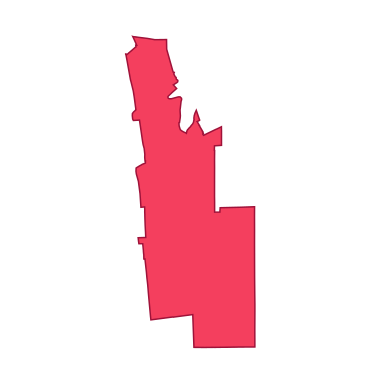 Modelu, Calarasi, Romania (Natural Earth projection), rotated 172°
{"feature_id": "2599482B1796391595822", "entity_name": "Modelu", "entity_type": "district", "adm_level": 2, "iso_a3": "ROU", "parent_name": "Romania", "parent_adm1": "Calarasi", "projection": "natural_earth1", "projection_center": [27.399, 44.232], "detail": "fine", "context": "isolated", "style": "filled", "palette": "rose", "viewbox_px": 384, "rotation_deg": 172, "n_neighbors": 0, "source": "geoboundaries", "source_scale": "gbopen_adm2", "svg_char_len": 4169}
<svg xmlns="http://www.w3.org/2000/svg" viewBox="0 0 384 384"><g transform="rotate(172 192 192)"><path d="M196.0,346.5L197.4,346.7L198.5,346.8L207.6,348.0L214.8,350.3L223.8,352.7L225.7,353.3L225.7,353.2L226.3,353.4L228.8,354.1L229.0,354.2L228.3,351.9L226.3,345.0L227.3,345.2L227.3,344.1L227.3,343.5L227.5,343.5L231.8,340.7L235.0,338.7L236.1,337.9L237.8,336.8L238.0,336.8L238.0,337.1L238.0,337.3L237.9,337.6L238.0,337.7L238.0,337.8L238.2,338.0L238.5,337.9L238.5,337.5L238.3,337.3L238.3,337.0L238.0,330.5L237.3,311.5L237.1,310.1L236.9,308.3L236.1,300.3L236.0,293.6L236.1,281.5L236.3,281.4L236.3,281.0L238.7,279.4L240.1,278.0L240.5,275.8L240.6,272.5L240.1,271.0L234.0,270.5L233.9,249.3L233.8,245.7L233.3,241.8L233.4,238.7L233.5,235.7L234.0,232.9L234.2,229.2L233.8,229.2L234.1,227.3L234.1,227.2L235.8,226.7L236.7,226.5L237.2,226.4L237.3,226.4L238.3,225.9L238.5,225.9L239.0,225.6L240.6,225.1L241.3,224.7L242.6,224.2L244.0,223.5L244.6,220.3L244.6,217.5L243.6,210.0L243.7,197.6L244.7,184.0L241.0,183.8L241.3,180.7L241.6,178.8L241.8,176.6L242.0,175.1L242.4,171.5L242.8,167.6L243.0,165.8L243.0,165.7L243.4,161.4L243.6,158.9L244.0,154.8L244.1,153.4L251.7,154.2L251.8,150.6L251.8,149.4L251.8,148.2L248.0,147.6L248.1,145.0L248.3,140.5L248.4,139.7L248.5,137.5L248.5,136.5L248.5,136.4L248.8,133.9L249.0,132.3L248.9,132.2L247.9,132.2L248.3,119.0L248.6,113.1L248.7,108.9L248.8,105.7L249.0,102.3L249.2,99.2L249.4,95.3L249.8,87.1L250.4,74.5L250.5,71.1L228.4,70.9L228.1,70.7L208.3,70.5L211.7,37.9L209.8,37.6L209.0,37.5L208.3,37.4L207.0,37.2L205.1,36.9L203.8,36.7L201.8,36.4L201.3,36.3L199.6,36.1L198.7,36.0L197.9,35.9L195.7,35.6L192.5,35.2L191.5,35.0L191.4,35.0L189.8,34.8L189.7,34.8L188.9,34.7L186.7,34.4L184.0,34.1L182.6,33.9L181.3,33.7L179.5,33.5L178.2,33.3L177.6,33.3L177.4,33.2L176.4,33.1L176.0,33.1L175.9,33.0L175.7,33.0L175.1,32.9L174.9,32.9L174.6,32.9L174.4,32.9L174.2,32.8L173.9,32.8L173.7,32.8L173.5,32.7L173.4,32.7L173.2,32.7L172.8,32.7L172.7,32.6L172.4,32.6L172.1,32.6L171.8,32.5L171.7,32.5L171.4,32.5L171.3,32.4L171.1,32.4L170.8,32.4L170.7,32.4L170.4,32.3L170.2,32.3L169.9,32.3L169.6,32.2L169.4,32.2L169.2,32.2L168.9,32.1L168.6,32.1L168.3,32.1L168.2,32.1L166.8,31.9L166.0,31.8L163.3,31.4L160.1,31.0L153.1,30.0L151.3,29.8L150.1,38.6L148.9,47.4L146.2,66.0L145.4,71.7L144.0,82.6L141.8,99.3L137.3,132.0L135.3,146.0L133.4,159.8L132.1,168.7L145.6,170.1L155.9,171.3L166.3,172.5L167.2,168.2L172.4,168.9L171.0,178.9L170.3,184.5L167.4,205.0L166.3,212.6L165.2,220.7L163.8,230.0L164.1,230.1L163.3,234.6L156.3,234.1L154.3,248.3L154.2,249.2L153.8,252.5L154.4,252.3L158.8,250.9L159.7,250.7L163.4,249.5L170.0,247.4L170.4,247.2L170.5,247.2L171.1,247.0L171.3,246.9L171.5,246.9L171.8,246.8L172.0,246.7L172.3,246.6L172.6,246.5L172.8,246.8L173.0,247.1L173.1,247.4L173.2,247.6L173.3,248.0L173.2,248.1L172.6,248.3L172.8,248.9L173.2,249.9L172.8,250.0L175.6,256.9L175.4,256.9L176.6,259.8L177.0,260.9L177.1,261.0L174.5,261.9L174.4,262.2L174.7,263.5L174.7,263.4L176.4,272.3L178.1,269.6L178.4,268.9L178.5,268.8L179.1,267.4L179.3,267.0L179.4,266.4L179.7,265.5L179.9,264.4L179.9,264.0L180.0,263.6L179.8,263.2L180.3,262.5L180.5,262.1L180.6,261.6L180.6,261.3L180.7,261.1L181.0,260.6L181.7,259.6L181.8,259.4L182.6,258.7L183.7,257.8L184.3,257.0L184.9,256.5L185.1,256.4L185.3,256.3L185.5,256.1L186.2,255.6L186.7,255.1L187.4,254.4L187.6,254.4L188.1,253.8L188.3,253.5L188.6,253.0L188.7,252.7L188.9,252.4L189.0,252.0L189.0,251.9L189.2,251.3L189.3,251.1L189.4,250.9L189.7,251.2L192.2,252.8L193.9,254.2L194.5,254.9L194.8,255.2L194.9,255.6L195.1,256.3L195.4,258.3L195.5,259.0L195.5,260.1L195.4,261.1L195.4,261.9L195.2,262.5L194.8,262.5L194.7,262.5L193.3,267.3L192.9,269.1L192.6,273.0L192.4,275.0L191.8,277.1L190.2,283.3L189.6,284.5L189.3,285.4L189.4,286.4L190.6,287.9L192.4,288.1L199.6,287.2L200.9,287.4L201.9,287.7L202.5,288.2L202.6,288.7L202.6,289.7L202.3,290.1L201.8,290.5L201.5,290.7L197.7,293.4L192.8,296.6L195.6,300.7L191.8,302.4L190.8,303.1L190.5,304.5L191.0,305.1L191.8,305.8L191.9,306.1L191.8,307.7L192.4,308.2L192.6,308.5L192.8,309.1L193.3,310.5L193.5,311.1L193.6,311.5L192.9,312.9L194.0,313.4L196.1,328.8L197.2,336.9L196.8,340.1L196.0,346.5Z" fill="#f43f5e" stroke="#9f1239" stroke-width="1.5"/></g></svg>